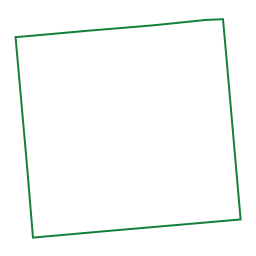 outline of Neosho, Kansas, United States of America, rotated 355°
{"feature_id": "52423323B71626623593789", "entity_name": "Neosho", "entity_type": "district", "adm_level": 2, "iso_a3": "USA", "parent_name": "United States of America", "parent_adm1": "Kansas", "projection": "robinson", "projection_center": [-95.334, 37.559], "detail": "fine", "context": "isolated", "style": "outline", "palette": "green", "viewbox_px": 256, "rotation_deg": 355, "n_neighbors": 0, "source": "geoboundaries", "source_scale": "gbopen_adm2", "svg_char_len": 296}
<svg xmlns="http://www.w3.org/2000/svg" viewBox="0 0 256 256"><g transform="rotate(355 128 128)"><path d="M23.9,27.7L24.1,153.5L23.8,228.9L25.9,228.9L93.5,228.8L232.2,228.9L232.2,61.3L232.1,27.9L214.5,27.1L162.7,27.9L93.8,27.6L23.9,27.7Z" fill="none" stroke="#15803d" stroke-width="2"/></g></svg>